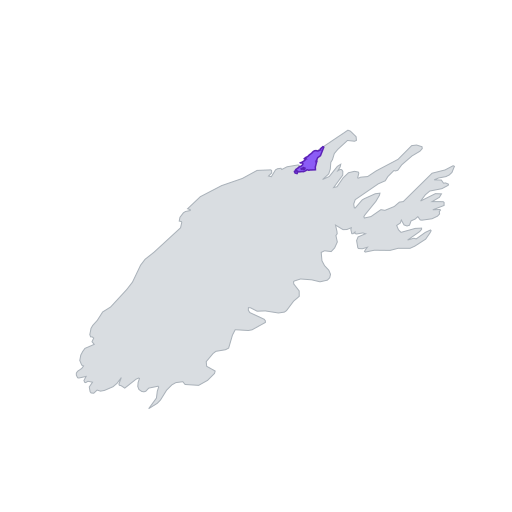 location of Sveitarfélagið Ölfus, Suðurland, Iceland, rotated 148°
{"feature_id": "244011B93058264602287", "entity_name": "Sveitarfélagið Ölfus", "entity_type": "district", "adm_level": 2, "iso_a3": "ISL", "parent_name": "Iceland", "parent_adm1": "Suðurland", "projection": "natural_earth1", "projection_center": [-21.424, 63.983], "detail": "fine", "context": "in_parent", "style": "filled", "palette": "violet", "viewbox_px": 512, "rotation_deg": 148, "n_neighbors": 0, "source": "geoboundaries", "source_scale": "gbopen_adm2", "svg_char_len": 6760}
<svg xmlns="http://www.w3.org/2000/svg" viewBox="0 0 512 512"><g transform="rotate(148 256 256)"><path d="M391.1,191.1L395.6,191.3L402.9,189.6L413.3,184.5L417.7,183.4L427.9,183.4L415.7,188.3L411.3,193.7L408.0,196.4L408.1,197.5L417.0,200.8L421.1,199.7L423.0,200.2L424.7,201.7L426.0,204.8L425.4,208.0L423.0,211.2L419.7,213.9L420.2,214.7L423.0,215.1L437.3,213.5L439.1,217.5L440.4,218.8L440.1,220.1L434.6,224.3L441.2,221.7L446.5,220.9L455.7,222.3L459.5,223.8L461.8,226.5L466.3,225.6L468.4,227.2L468.6,228.8L466.8,233.3L461.5,235.6L464.9,238.8L467.6,238.9L468.2,239.6L467.9,241.6L463.9,243.9L470.9,246.4L471.8,247.3L471.5,250.2L470.4,251.9L468.4,252.8L463.4,253.0L460.5,254.1L461.6,255.9L460.8,260.8L457.1,264.8L453.5,266.9L450.0,268.3L440.0,266.8L440.5,270.2L437.1,272.4L437.8,274.2L439.1,275.1L438.6,277.4L434.2,282.1L431.1,283.7L424.7,285.5L415.7,289.8L406.3,289.8L383.6,296.0L374.6,299.3L358.7,309.4L351.8,312.0L340.2,313.3L305.0,319.9L301.1,323.9L301.0,324.7L302.6,326.3L300.0,329.1L294.7,331.1L292.2,331.1L287.7,329.4L287.2,330.2L289.0,332.3L271.8,335.8L247.8,333.9L226.5,329.0L209.7,328.0L197.8,321.2L197.5,320.1L198.7,318.1L203.0,317.2L201.0,315.1L193.8,318.7L191.5,318.6L188.4,317.2L188.3,315.7L182.4,315.2L172.0,310.9L171.3,309.9L173.7,308.5L173.3,308.2L167.7,308.4L159.6,312.4L111.4,314.0L109.8,311.9L107.9,304.1L109.6,300.8L111.6,301.1L117.2,305.5L130.1,303.1L135.3,301.4L140.1,297.2L142.9,295.8L146.9,290.4L150.8,287.1L159.0,285.6L151.7,284.6L139.5,288.9L135.5,288.9L137.4,287.0L141.5,284.9L138.7,284.8L137.6,283.8L137.5,281.8L139.6,278.6L153.9,272.9L150.6,271.8L140.7,276.1L133.4,277.6L127.6,275.6L124.8,273.0L124.9,271.8L128.4,268.4L127.8,267.7L125.5,267.4L119.2,264.2L109.1,264.5L84.3,262.7L65.5,267.1L61.0,265.0L57.3,260.7L58.1,259.0L61.4,258.0L70.6,258.2L84.1,256.1L90.3,253.6L92.6,254.2L93.8,255.4L102.1,253.5L106.5,251.3L114.0,252.4L142.0,251.2L145.6,248.3L147.1,244.8L146.5,244.1L136.2,247.3L133.8,247.2L121.9,245.6L117.6,243.6L119.1,242.1L125.4,238.8L141.5,233.3L143.7,232.2L144.0,230.8L137.6,228.5L125.5,229.1L122.5,226.4L112.5,224.7L105.8,225.7L102.3,224.1L62.8,232.9L50.1,228.8L41.0,228.1L40.2,226.9L45.6,223.0L49.2,222.3L52.9,222.7L59.8,225.4L64.6,226.2L58.6,222.2L58.4,218.4L56.5,217.5L54.7,214.9L55.5,214.1L62.7,214.6L74.2,219.0L79.9,218.2L87.3,215.4L70.8,213.8L65.8,210.4L69.4,208.6L77.9,208.8L68.5,202.9L68.1,201.8L69.7,199.2L81.6,201.5L75.4,198.0L75.2,197.2L77.0,196.6L78.0,194.4L81.0,193.6L87.0,194.3L96.2,198.4L97.6,199.5L97.9,203.6L101.5,203.0L105.9,203.6L109.5,200.8L112.0,201.4L114.0,203.9L113.7,209.5L116.2,207.5L120.5,207.4L121.3,202.8L120.5,199.2L106.3,195.0L100.8,191.9L101.4,190.9L104.2,190.0L119.0,189.2L112.7,187.4L111.1,185.6L99.9,186.3L94.2,185.6L94.1,184.6L96.4,183.3L103.2,180.4L116.1,180.2L121.3,180.9L131.3,187.2L139.3,189.7L152.6,198.2L161.2,201.4L161.6,202.3L160.2,203.2L156.9,204.4L162.0,205.8L165.1,208.0L165.3,209.0L162.5,215.8L159.3,218.1L151.3,216.8L153.2,219.0L158.9,221.3L160.2,222.6L159.3,223.9L162.0,223.5L162.9,224.2L161.6,228.1L160.2,229.5L164.9,230.3L168.2,232.2L172.2,240.1L174.3,234.0L175.4,231.8L177.4,231.0L179.6,224.8L185.0,221.2L189.9,219.9L195.1,224.1L198.8,224.5L202.6,217.0L203.0,211.5L201.8,205.4L202.5,201.0L205.0,198.5L208.3,197.7L215.4,200.2L221.4,206.3L230.4,212.9L236.7,214.5L237.8,214.3L238.8,212.2L237.9,203.5L240.7,198.9L248.0,197.8L259.1,193.5L261.7,193.4L267.2,195.8L277.2,204.5L284.3,208.6L288.1,215.0L289.8,216.2L291.2,214.2L291.3,211.4L282.6,198.0L282.4,196.2L283.2,194.7L298.5,195.5L302.0,196.9L312.7,204.5L317.9,201.4L328.0,192.4L331.6,192.7L340.5,196.4L344.0,196.1L354.2,192.8L356.3,188.6L351.6,180.1L353.4,178.4L362.9,176.2L373.2,176.7L384.2,184.6L384.7,188.2L391.1,191.1Z" fill="#d9dde1" stroke="#a8b0b8" stroke-width="1"/><path d="M153.1,305.6L151.6,306.7L148.2,306.9L140.9,312.3L140.9,313.5L140.9,313.4L141.0,313.4L141.3,313.3L141.4,313.2L141.5,313.2L141.8,313.2L142.0,313.1L142.4,313.1L142.6,313.1L142.8,313.1L143.0,313.0L143.3,313.0L143.4,312.9L143.6,312.9L143.8,312.8L144.0,312.8L144.3,312.7L144.5,312.7L144.8,312.4L144.9,312.2L145.0,311.9L145.1,312.0L145.4,312.0L145.6,312.0L146.2,312.0L146.3,312.0L146.6,312.0L146.8,312.1L147.1,312.1L147.4,312.1L147.9,312.3L148.1,312.4L148.3,312.6L148.5,312.7L148.6,312.8L148.7,313.0L148.8,313.2L148.9,313.3L149.0,313.4L149.1,313.5L149.4,313.6L149.5,313.7L149.6,313.8L149.8,313.9L150.0,314.0L150.4,314.1L150.5,314.2L150.9,314.2L151.2,314.2L151.3,314.3L151.6,314.3L151.8,314.3L152.0,314.3L152.2,314.2L152.3,314.2L152.5,314.2L152.9,314.1L153.2,314.1L153.5,314.0L153.7,313.9L153.8,313.8L154.0,313.7L154.3,313.7L154.7,313.7L155.1,313.6L155.5,313.6L155.9,313.5L156.1,313.6L156.4,313.5L156.6,313.5L157.1,313.5L157.2,313.4L157.4,313.4L157.7,313.4L157.8,313.3L158.0,313.3L158.3,313.2L158.5,313.2L159.1,313.0L159.6,313.0L159.9,313.0L160.1,313.0L160.4,313.1L160.6,313.1L160.8,313.1L161.0,313.2L161.4,313.2L161.5,313.2L161.9,313.2L162.1,313.2L162.4,313.1L162.6,313.1L162.8,313.0L163.0,313.0L163.0,312.9L163.0,312.7L162.9,312.7L163.0,312.7L162.9,312.6L162.7,312.5L163.0,312.4L162.9,312.3L162.7,312.5L162.6,312.4L162.5,312.2L162.7,312.3L162.6,312.2L162.8,312.2L162.8,312.3L162.9,312.2L162.4,312.1L162.5,312.0L162.6,311.9L162.8,311.7L163.2,311.5L163.7,311.4L164.1,311.3L164.8,311.2L165.2,311.2L166.1,311.1L166.3,311.2L166.6,311.2L166.9,311.2L167.1,311.2L167.3,311.2L167.5,311.2L168.4,311.4L168.8,311.4L169.1,311.5L169.1,311.4L168.5,311.0L168.1,310.8L167.7,310.5L167.5,310.3L167.3,310.0L167.3,309.8L167.3,309.5L167.4,309.3L167.6,309.1L167.8,308.9L168.1,308.7L168.4,308.6L168.8,308.5L169.0,308.5L170.4,308.3L170.5,308.3L171.1,308.5L171.5,308.6L172.0,308.6L172.5,308.6L173.2,308.5L173.6,308.4L173.8,308.3L174.2,308.4L174.3,308.4L174.5,308.3L174.9,308.3L175.2,308.3L175.3,308.3L176.3,308.3L176.7,308.1L176.4,307.2L175.9,306.0L177.1,306.9L177.3,307.0L178.2,307.5L178.4,307.5L178.6,307.4L178.7,307.2L178.8,307.0L178.8,306.9L178.7,306.5L178.7,306.4L178.7,306.2L178.9,305.8L178.6,305.4L178.5,305.2L177.5,304.1L177.2,304.2L176.4,305.3L174.8,304.5L174.0,304.0L173.1,303.7L172.1,303.0L171.6,302.9L171.0,302.3L168.7,302.0L166.9,302.0L165.8,300.7L164.8,300.4L159.9,297.6L158.5,300.1L157.4,301.1L155.3,303.1L155.5,303.2L155.5,303.3L155.2,303.3L154.7,303.6L154.1,304.1L154.8,304.7L153.1,305.6ZM169.1,303.9L169.2,304.0L169.4,304.1L169.5,304.1L169.6,304.3L169.7,304.2L169.8,304.2L169.8,304.3L169.7,304.3L169.8,304.3L170.0,304.4L170.0,304.5L170.1,304.8L170.3,304.9L170.3,305.0L170.5,305.1L170.7,305.3L170.7,305.5L170.9,305.5L171.1,305.5L171.3,305.4L171.6,305.5L171.4,306.1L171.2,305.9L170.6,305.6L170.3,305.8L170.2,305.8L170.3,306.0L170.2,306.0L169.5,305.6L169.4,305.6L169.0,305.9L168.2,305.0L168.7,304.8L168.1,304.3L168.2,304.2L168.3,304.2L168.5,304.2L168.8,304.0L169.0,304.0L169.0,303.9L169.1,303.9Z" fill="#8b5cf6" stroke="#5b21b6" stroke-width="1.5"/></g></svg>